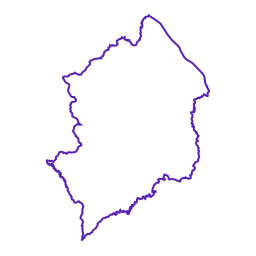 Wang Chao, Tak, Thailand (Robinson projection)
{"feature_id": "78962969B10518066707852", "entity_name": "Wang Chao", "entity_type": "district", "adm_level": 2, "iso_a3": "THA", "parent_name": "Thailand", "parent_adm1": "Tak", "projection": "robinson", "projection_center": [99.133, 16.616], "detail": "fine", "context": "isolated", "style": "outline", "palette": "violet", "viewbox_px": 256, "rotation_deg": 0, "n_neighbors": 0, "source": "geoboundaries", "source_scale": "gbopen_adm2", "svg_char_len": 5781}
<svg xmlns="http://www.w3.org/2000/svg" viewBox="0 0 256 256"><path d="M207.3,86.3L206.2,85.3L205.2,83.0L204.4,76.9L203.4,74.8L202.0,73.0L193.0,63.6L191.2,62.2L187.5,60.2L184.7,57.9L180.6,50.9L179.4,47.5L177.8,45.6L172.2,40.4L167.5,34.5L160.7,23.9L157.9,21.5L148.7,15.4L148.2,16.5L145.5,16.9L145.1,17.4L145.0,18.1L144.3,18.2L143.4,19.2L143.2,19.9L142.8,20.0L142.3,20.9L142.5,21.7L141.7,22.1L141.8,22.8L141.4,23.6L142.0,23.8L142.5,26.0L141.8,27.5L140.9,27.0L140.5,28.0L140.8,28.8L140.4,29.9L140.9,32.3L140.1,33.4L141.1,35.2L140.9,36.2L139.7,38.5L139.9,39.5L139.2,39.7L139.2,40.3L137.3,41.8L136.1,44.8L134.5,45.5L132.3,44.8L132.0,44.2L131.3,43.9L131.2,43.1L130.3,41.9L129.5,41.5L129.3,40.1L128.3,40.2L127.9,40.6L127.7,40.1L126.9,39.7L125.6,40.0L124.7,39.0L124.7,37.1L123.0,38.2L121.9,37.2L120.9,38.8L119.1,39.2L117.9,40.2L116.8,40.7L116.9,42.4L117.7,44.0L116.3,45.5L114.7,45.7L112.3,45.2L111.9,45.8L110.0,45.1L109.8,46.9L109.3,47.5L108.4,47.7L108.6,49.5L107.9,50.0L106.4,50.2L105.2,51.5L104.5,51.6L103.2,55.9L101.7,56.6L101.3,58.4L99.4,58.1L98.6,58.5L94.0,59.0L92.1,60.4L90.3,60.6L89.5,62.3L90.0,63.2L89.9,64.5L86.2,68.0L85.6,70.0L82.3,72.5L81.1,74.6L79.4,74.8L76.6,73.9L74.7,72.6L73.2,73.9L69.5,74.6L68.3,76.4L64.3,76.5L63.1,76.9L62.9,78.0L65.6,82.3L69.1,84.3L69.3,85.7L68.1,90.0L68.3,91.7L71.2,96.5L72.4,97.0L74.3,97.1L75.8,99.4L76.0,100.5L75.6,101.3L71.7,102.2L71.2,102.7L71.0,104.0L70.4,104.1L70.2,105.7L70.8,107.0L70.8,107.7L70.2,108.5L70.6,109.2L70.4,111.3L70.9,111.4L71.2,112.4L71.8,112.8L72.3,113.8L72.3,116.2L73.6,117.2L76.3,118.3L77.8,120.3L78.5,122.9L80.6,124.6L79.2,124.7L78.1,124.1L76.9,124.4L74.0,126.8L74.1,128.1L73.3,130.8L72.9,131.2L75.2,134.5L75.5,135.8L76.3,136.0L76.4,136.8L77.4,137.4L78.1,138.3L78.5,139.2L78.4,141.1L79.2,142.6L80.9,143.3L80.8,143.7L81.4,145.3L79.7,146.0L78.0,147.4L77.8,149.0L76.7,150.0L76.3,151.5L74.7,152.1L71.0,152.6L69.3,152.1L67.7,152.6L66.6,153.8L65.2,152.7L63.5,153.1L62.8,152.1L62.1,151.7L59.5,152.1L57.9,155.5L55.9,157.0L56.0,158.9L53.4,161.9L51.8,160.7L50.6,161.1L49.3,160.6L48.0,160.8L47.2,160.3L46.8,160.7L47.5,163.4L48.3,163.7L48.5,164.2L49.3,163.9L49.9,165.1L50.6,164.7L51.3,165.2L51.7,163.8L53.1,164.5L52.7,166.0L53.5,166.0L53.9,166.5L53.4,167.6L54.0,167.7L54.1,168.6L54.7,168.4L55.4,169.0L55.4,170.5L56.3,170.3L57.3,171.8L58.2,171.0L58.7,171.7L59.5,171.5L59.6,172.9L60.8,173.3L60.8,173.8L59.9,174.2L60.6,174.5L60.8,175.0L59.8,175.6L59.8,176.2L61.0,177.3L62.4,177.0L63.2,177.7L63.2,178.4L63.9,178.8L63.7,179.6L64.3,179.6L64.3,180.2L64.8,180.4L64.6,180.9L65.2,181.0L65.1,181.7L65.6,182.2L65.3,182.8L65.7,184.3L65.5,184.9L66.0,185.1L66.4,186.2L66.1,186.9L67.2,187.0L67.6,187.8L67.9,189.6L67.6,190.6L68.7,191.8L68.8,192.6L69.9,194.7L70.7,195.2L71.2,197.0L71.8,197.2L71.6,198.3L72.0,199.6L73.4,200.0L74.5,202.6L76.6,202.4L78.8,201.2L79.9,202.5L80.7,202.6L81.9,203.5L82.7,204.9L83.3,206.8L82.3,209.5L82.5,213.3L80.9,216.1L80.5,217.7L80.6,218.3L82.4,220.2L83.0,222.4L82.3,224.1L82.4,224.8L81.7,225.5L82.5,226.7L82.4,230.1L83.3,234.4L82.3,236.0L82.5,238.0L81.5,240.6L82.9,238.8L84.3,237.9L85.0,236.1L87.5,234.0L89.6,234.2L90.8,232.7L92.4,232.1L92.8,230.5L96.3,227.7L96.7,226.4L97.7,225.0L97.6,223.6L99.7,221.6L100.8,221.4L101.8,219.6L103.0,218.4L105.7,217.6L106.5,216.8L108.1,216.9L109.9,215.1L110.9,214.7L112.3,214.7L112.6,214.5L112.7,213.7L113.6,213.6L114.1,213.1L114.9,214.2L115.9,214.9L116.7,214.0L116.2,212.7L116.5,212.0L117.2,211.6L118.5,212.5L119.6,212.7L120.0,210.3L120.4,209.9L121.2,211.4L122.3,212.0L122.7,212.0L122.7,211.4L123.5,210.8L124.8,211.8L127.2,211.2L127.6,211.8L126.5,212.0L126.4,212.4L127.5,213.9L128.1,214.2L129.0,213.3L128.5,211.9L128.7,211.2L129.6,211.5L129.9,211.2L129.7,209.4L130.6,209.6L131.3,208.9L131.3,208.4L130.1,207.7L130.0,207.3L130.6,206.8L132.7,206.5L131.8,205.3L131.9,205.0L134.6,204.6L134.7,202.6L135.1,201.9L136.5,202.5L137.0,200.7L137.0,199.2L137.6,198.1L138.5,198.0L139.5,199.2L141.6,198.8L142.2,198.4L142.6,197.0L143.3,196.5L143.9,197.0L144.6,198.5L145.2,198.9L146.0,195.8L146.6,195.6L147.0,196.4L147.7,196.4L149.3,194.3L150.1,195.1L149.9,196.3L150.2,197.0L151.4,196.6L153.6,194.5L154.4,192.7L155.7,191.7L155.4,191.2L154.6,191.1L153.8,191.3L152.8,192.1L152.3,192.0L152.4,189.7L154.0,185.2L156.6,182.7L158.1,182.8L158.7,182.3L159.2,181.4L158.4,180.5L158.1,179.7L159.2,178.7L163.1,179.3L164.4,179.9L164.8,179.7L165.0,179.2L163.8,178.3L163.5,177.4L164.0,175.4L164.6,174.6L167.6,175.7L168.6,177.8L168.7,178.8L169.5,179.5L171.5,178.8L175.9,179.9L177.6,180.9L179.1,180.9L179.7,181.6L180.1,181.4L180.8,179.5L182.2,178.3L184.0,177.9L184.6,178.1L184.9,177.6L185.6,177.4L186.0,178.1L187.9,178.2L188.8,178.9L190.8,177.9L190.8,176.8L190.1,175.3L191.8,174.4L191.7,172.9L192.4,170.6L193.0,170.2L193.7,170.3L194.9,168.3L194.8,167.2L193.5,166.4L193.2,165.7L193.7,164.6L194.7,163.9L195.2,162.4L197.6,161.4L198.2,160.5L198.0,160.1L198.3,159.0L199.3,156.6L198.3,153.5L199.1,151.1L198.3,150.4L198.3,149.3L198.8,148.3L198.0,147.3L198.1,146.6L195.9,143.7L196.6,141.6L197.9,140.9L196.5,139.8L196.8,138.7L197.6,137.8L197.8,136.7L198.3,136.5L198.6,135.9L197.4,134.6L197.0,133.3L196.4,133.2L196.5,132.3L195.7,131.8L194.9,130.6L194.1,130.3L193.7,128.6L194.0,126.6L192.6,126.7L192.2,126.3L192.8,125.4L192.9,124.1L191.6,123.5L191.6,122.9L192.5,121.3L191.5,118.7L191.6,118.1L192.1,117.8L192.6,115.7L192.3,114.6L191.4,113.6L191.1,112.4L192.6,111.9L193.8,112.3L194.0,112.1L193.6,111.6L194.5,110.9L193.7,110.0L194.7,109.5L194.3,108.7L194.8,108.3L194.6,107.6L193.9,107.4L194.3,105.8L193.7,104.3L194.1,103.4L195.1,102.8L194.8,101.2L194.2,100.8L194.1,99.9L194.5,99.3L196.5,98.9L197.4,98.0L198.0,98.2L198.5,97.7L199.5,98.1L200.5,97.1L201.7,97.0L202.1,95.9L203.0,96.0L203.8,95.3L204.0,94.4L205.0,94.6L207.0,96.1L207.6,96.0L207.8,92.5L209.0,91.5L209.2,90.8L207.0,87.3L207.3,86.3Z" fill="none" stroke="#5b21b6" stroke-width="2"/></svg>